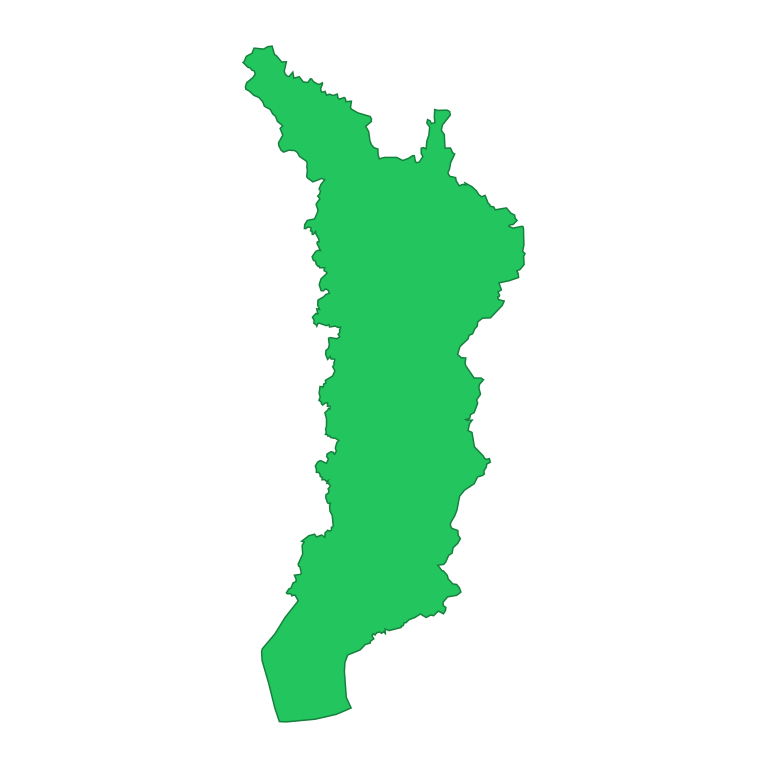 the district of Vondrozo, Atsimo-Atsinanana, Madagascar
{"feature_id": "10022922B86038713071830", "entity_name": "Vondrozo", "entity_type": "district", "adm_level": 2, "iso_a3": "MDG", "parent_name": "Madagascar", "parent_adm1": "Atsimo-Atsinanana", "projection": "robinson", "projection_center": [47.287, -22.691], "detail": "fine", "context": "isolated", "style": "filled", "palette": "green", "viewbox_px": 768, "rotation_deg": 0, "n_neighbors": 0, "source": "geoboundaries", "source_scale": "gbopen_adm2", "svg_char_len": 6079}
<svg xmlns="http://www.w3.org/2000/svg" viewBox="0 0 768 768"><path d="M243.0,62.4L247.8,67.2L250.4,68.1L251.9,70.2L254.1,70.8L255.3,73.9L253.1,77.4L246.7,82.7L245.4,87.0L245.8,89.1L249.5,91.2L253.8,95.3L259.0,97.5L262.8,101.9L264.4,106.2L270.2,109.4L272.7,113.9L275.6,116.4L277.3,121.2L282.7,125.8L280.1,128.4L282.8,135.2L278.5,142.8L278.8,145.7L281.0,150.1L283.5,152.1L288.9,150.2L294.8,150.6L297.5,152.6L299.5,156.4L306.3,161.1L307.2,163.1L306.8,166.9L307.4,170.2L306.7,176.5L307.6,178.0L312.9,181.9L321.9,178.4L324.7,179.8L321.0,184.3L319.1,188.9L320.5,191.1L319.6,194.1L317.7,196.1L319.9,198.8L316.4,203.5L316.2,204.9L317.8,209.5L317.6,212.1L314.6,218.9L307.3,220.4L304.7,224.6L304.4,228.5L305.6,228.7L308.3,226.8L311.2,228.0L310.5,230.8L312.0,231.4L312.3,234.4L313.3,234.4L315.5,231.6L315.9,233.9L318.7,238.8L319.1,241.8L317.3,241.9L317.0,243.4L320.4,250.5L318.2,250.2L315.8,251.4L312.1,256.7L313.3,260.1L315.7,261.5L316.0,263.9L318.0,266.3L319.1,266.3L319.7,267.8L324.6,267.7L324.0,270.6L326.8,272.3L326.9,273.3L321.0,278.9L319.2,284.6L321.1,290.7L323.3,290.9L325.7,288.9L328.1,290.2L329.4,293.2L325.8,294.5L323.8,296.7L318.0,300.1L317.7,305.1L319.5,309.4L316.7,308.8L317.8,313.9L315.9,313.5L312.4,317.2L314.1,320.3L313.9,323.4L316.1,324.7L316.8,326.2L317.7,323.8L319.0,323.1L326.5,325.7L328.9,324.6L329.5,327.0L335.4,326.1L338.0,327.5L340.5,327.1L340.6,327.9L339.6,329.7L339.7,332.5L338.1,334.4L339.8,336.6L339.1,337.2L337.0,338.7L330.0,337.6L328.5,338.3L329.3,344.9L328.4,348.4L326.0,350.4L325.6,354.2L327.6,359.4L330.2,356.6L331.1,359.0L334.5,359.1L334.8,360.4L333.8,363.0L334.2,364.6L332.7,366.7L334.9,370.9L332.6,376.0L325.4,380.4L325.7,383.4L323.7,384.0L323.2,386.9L320.0,386.5L319.1,393.4L320.2,397.2L318.9,400.3L321.2,402.0L321.5,403.9L322.8,405.1L325.0,403.1L327.6,402.8L327.4,406.2L329.7,406.0L330.3,407.0L330.1,409.0L328.5,408.3L327.9,409.9L324.9,412.7L326.5,418.7L326.5,426.3L325.6,429.1L326.3,432.3L325.4,434.4L327.6,434.8L327.9,436.1L329.9,436.0L330.6,437.5L335.8,438.5L338.8,440.5L336.8,442.7L335.3,448.1L336.3,450.9L334.8,454.1L334.1,454.1L333.4,452.3L331.1,451.7L327.1,454.0L326.7,456.7L328.4,459.0L326.4,463.4L321.0,460.7L319.5,460.9L317.6,462.2L315.3,466.0L316.4,469.3L316.4,472.4L318.7,472.4L320.0,474.2L320.3,476.6L322.2,477.3L322.0,479.8L324.3,479.5L326.4,481.4L328.2,480.5L326.8,483.4L328.9,483.2L329.1,484.6L330.2,485.3L330.3,486.3L328.1,488.8L329.0,491.3L328.4,493.0L326.0,494.7L325.8,497.7L327.4,502.6L328.4,503.5L330.4,503.3L329.6,505.9L330.0,511.3L332.2,515.4L333.2,525.6L333.0,526.7L331.4,527.3L331.4,530.2L329.6,531.1L327.8,530.2L325.1,532.8L324.8,537.2L321.5,535.0L316.5,537.0L314.6,534.2L308.9,535.7L301.7,541.2L304.2,541.9L302.1,545.4L302.7,554.1L298.2,564.0L298.6,566.0L299.9,566.9L301.4,573.3L300.3,574.4L294.4,575.2L296.1,579.2L296.0,581.5L293.0,583.0L291.1,587.9L288.8,589.0L286.4,592.8L287.3,593.8L290.7,593.7L292.0,595.9L293.1,595.1L295.3,595.4L298.2,600.9L285.1,617.4L274.9,633.9L262.4,648.7L261.6,651.4L262.1,660.6L268.7,683.3L274.9,708.3L279.4,721.6L286.5,721.9L315.2,719.2L336.4,714.3L351.1,708.0L346.3,697.5L344.4,671.7L344.9,662.5L347.7,655.0L360.2,649.9L365.3,644.5L370.3,643.0L370.3,641.4L373.8,638.8L372.0,635.9L373.3,633.7L375.1,635.0L376.7,632.7L379.9,632.0L381.6,633.3L383.7,631.8L385.3,633.5L385.1,629.0L389.0,630.6L401.1,627.5L401.4,626.2L403.3,625.6L404.1,622.9L406.1,622.6L409.0,619.7L414.9,617.5L420.4,614.0L426.2,617.5L430.7,615.0L433.6,615.7L438.3,611.1L443.5,613.8L445.5,610.3L445.9,607.5L443.3,605.6L443.0,602.3L447.6,596.9L456.7,595.3L460.9,592.1L459.4,587.9L456.7,584.5L452.8,583.9L448.2,578.9L447.3,575.4L443.5,571.0L441.9,570.6L437.8,565.2L443.7,564.4L445.8,561.9L448.6,555.4L452.1,553.1L453.1,547.7L457.7,543.4L460.4,538.7L458.2,535.3L457.8,530.5L451.9,528.4L450.3,525.4L450.9,522.2L454.6,516.1L456.9,510.3L459.6,496.2L464.6,490.1L474.2,483.7L477.6,476.9L482.4,475.5L484.3,474.0L483.9,471.0L486.3,467.1L486.7,464.1L490.3,462.2L489.4,458.6L486.8,459.4L484.4,458.3L483.3,456.0L474.4,446.8L472.0,432.5L468.0,430.5L469.6,423.6L472.2,420.1L467.3,420.3L465.7,419.5L469.7,418.4L470.5,414.7L474.2,412.5L477.7,403.2L476.6,399.9L480.5,394.3L478.9,387.8L479.4,384.5L483.5,379.7L481.1,378.1L474.1,378.0L465.7,365.7L465.1,363.2L465.8,358.0L461.4,357.7L457.6,354.5L460.0,346.5L468.0,339.0L469.1,335.3L472.6,333.8L474.7,329.0L477.3,326.1L477.7,321.9L482.5,318.2L490.5,317.8L502.3,305.4L504.2,301.0L498.8,299.7L497.8,297.8L497.7,296.9L499.1,296.6L499.6,295.1L497.9,292.0L501.4,289.9L498.9,282.9L509.2,280.7L518.6,277.5L518.2,273.6L516.8,270.9L520.1,269.4L524.1,264.6L523.6,256.3L525.0,253.6L522.6,251.3L523.9,245.1L523.5,229.2L523.1,226.8L522.1,226.3L513.0,228.1L508.8,226.3L509.7,224.9L513.1,224.5L517.1,220.4L515.2,218.4L514.7,215.2L510.8,213.1L506.4,207.9L495.2,209.8L493.7,206.9L490.1,206.2L489.7,204.4L488.2,203.3L485.1,195.4L481.7,196.8L478.7,194.6L476.5,190.9L471.8,186.6L465.0,182.9L465.6,184.9L463.1,184.3L459.2,185.8L456.2,180.9L455.6,177.6L449.9,176.3L448.8,174.9L447.9,172.8L449.5,169.0L450.7,162.5L454.7,154.1L452.6,152.7L450.5,148.0L445.0,148.1L444.3,134.5L441.3,130.3L442.5,124.9L450.3,115.1L449.6,111.5L446.9,110.1L437.6,110.4L434.7,109.5L434.3,117.6L435.0,122.6L431.4,123.6L430.1,120.8L427.6,119.6L426.8,122.9L429.7,127.2L428.8,135.3L426.9,140.8L426.1,148.9L423.5,147.6L421.2,148.2L421.2,153.4L422.9,156.6L419.2,162.1L416.9,162.7L415.4,161.6L414.3,155.6L412.5,155.7L408.8,158.2L402.8,160.5L396.6,157.4L384.9,157.4L379.3,158.8L378.1,154.6L377.9,149.0L374.2,147.8L371.4,144.8L369.9,140.6L368.7,131.6L365.7,126.4L371.3,121.5L371.5,119.0L370.1,116.5L357.7,112.8L351.5,109.2L350.5,107.6L351.4,101.2L345.8,101.6L345.4,98.5L344.1,97.5L339.3,99.2L337.9,97.8L337.3,94.1L333.1,95.5L329.5,94.2L326.5,95.2L325.1,91.4L321.9,92.3L321.1,91.0L320.7,88.5L322.6,83.7L322.3,82.8L319.4,84.4L317.4,84.0L313.5,81.7L311.6,79.0L310.4,78.8L307.9,82.5L303.3,81.9L299.2,76.7L293.9,78.2L292.8,72.1L289.1,76.6L286.8,75.8L284.9,73.5L284.3,70.9L286.4,61.8L281.7,62.0L276.2,55.5L274.5,54.6L272.1,46.1L267.8,46.7L263.5,49.1L254.2,48.1L251.9,53.4L246.4,56.3L244.0,61.9L243.0,62.4Z" fill="#22c55e" stroke="#15803d" stroke-width="1.5"/></svg>